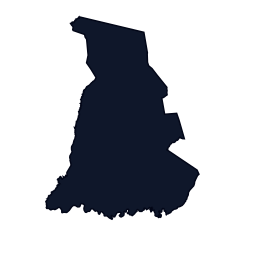 the district of Kabompo, North-Western, Zambia, rotated 13°
{"feature_id": "96606910B9917173826335", "entity_name": "Kabompo", "entity_type": "district", "adm_level": 2, "iso_a3": "ZMB", "parent_name": "Zambia", "parent_adm1": "North-Western", "projection": "natural_earth1", "projection_center": [23.814, -13.517], "detail": "fine", "context": "isolated", "style": "filled", "palette": "ink", "viewbox_px": 256, "rotation_deg": 13, "n_neighbors": 0, "source": "geoboundaries", "source_scale": "gbopen_adm2", "svg_char_len": 5751}
<svg xmlns="http://www.w3.org/2000/svg" viewBox="0 0 256 256"><g transform="rotate(13 128 128)"><path d="M121.9,31.2L56.1,30.7L55.9,31.7L55.4,31.5L55.5,31.9L55.0,32.4L54.8,32.3L54.8,31.9L54.4,32.6L53.3,33.4L53.3,33.8L52.8,33.8L53.0,34.5L52.1,35.1L52.0,36.7L51.1,37.0L51.2,37.3L50.7,37.1L50.5,37.8L50.3,37.4L50.0,37.5L50.0,37.9L49.6,37.9L49.6,38.3L48.5,39.0L49.9,40.4L51.4,41.4L52.0,42.6L52.0,44.5L52.6,45.3L64.7,46.6L65.8,49.0L67.8,50.9L72.8,66.1L73.0,73.8L78.3,78.6L85.6,86.0L84.9,88.9L84.5,89.2L83.9,90.4L83.3,90.6L83.1,91.3L82.3,92.1L80.9,94.8L78.6,97.0L78.8,97.4L78.4,97.7L78.5,97.9L78.0,98.7L78.1,98.9L77.8,99.7L77.4,100.1L77.4,100.4L77.1,100.7L76.9,100.6L76.5,101.1L76.4,102.4L76.8,102.6L76.6,103.3L77.0,103.5L76.8,104.1L76.5,104.4L76.8,104.8L76.5,104.9L76.6,105.9L76.4,105.9L76.6,106.1L76.5,107.0L76.7,107.4L76.5,107.5L76.3,107.3L76.0,107.7L76.4,108.2L75.9,108.7L76.2,109.2L75.5,110.9L76.3,111.6L76.3,112.2L76.6,112.2L76.8,112.6L76.8,113.9L76.1,114.7L76.5,114.8L76.8,115.8L77.0,115.7L77.0,116.4L77.3,116.5L76.9,117.0L77.3,117.7L77.0,118.9L77.3,119.4L77.0,119.5L77.3,119.8L76.9,120.1L76.9,120.9L76.7,121.2L76.8,121.3L76.8,122.5L76.2,123.0L76.4,123.5L76.8,123.6L77.0,124.8L77.3,124.9L77.2,125.5L77.6,125.6L77.7,126.3L77.0,127.5L77.3,127.6L77.4,128.5L77.7,128.7L77.0,129.6L77.3,130.4L77.1,130.7L77.3,131.3L77.0,131.4L76.9,132.7L76.6,132.9L76.8,133.1L76.6,133.7L76.3,133.8L76.5,134.4L76.6,137.1L76.9,137.7L76.6,138.0L76.8,138.1L76.6,139.0L76.7,139.3L76.3,140.0L76.0,139.9L76.3,140.4L76.7,140.3L76.7,140.7L77.1,141.3L77.0,141.8L77.3,142.3L77.1,142.3L77.0,142.8L77.6,144.1L77.4,144.5L77.9,145.0L77.9,145.6L78.2,145.8L78.0,146.1L78.8,147.3L78.9,148.1L78.5,148.7L78.8,149.8L78.2,152.6L78.2,155.9L77.3,158.6L77.4,159.9L77.9,161.8L78.8,163.4L78.8,164.5L77.7,168.3L78.0,170.3L78.9,171.2L78.7,172.3L80.5,175.8L80.9,177.4L78.5,185.0L79.0,187.2L79.4,187.7L79.0,188.1L79.2,188.7L78.4,189.0L78.4,188.7L78.3,188.9L78.0,188.7L78.1,189.6L77.9,189.6L77.4,190.2L76.9,190.1L76.9,190.6L76.4,190.7L76.0,190.4L76.2,191.0L75.6,192.6L74.9,192.5L73.7,190.8L73.0,190.6L72.8,191.0L73.1,191.0L73.4,191.5L72.6,191.9L72.6,192.6L72.3,192.9L72.2,192.6L72.1,192.9L71.2,193.3L71.1,193.8L71.3,193.8L71.0,194.3L72.0,194.7L72.2,195.1L72.0,195.4L72.3,196.3L72.5,196.0L72.8,196.7L73.6,197.3L73.3,197.3L73.5,197.8L73.2,198.4L72.7,198.8L73.1,199.1L72.7,199.2L72.6,200.0L72.0,200.1L72.3,200.6L72.1,200.9L72.5,201.3L72.5,201.8L71.6,202.5L71.8,202.8L71.2,203.5L70.9,205.1L70.0,205.6L69.8,206.4L69.1,206.7L69.1,207.1L68.8,207.5L68.2,207.4L67.8,207.8L68.2,208.9L68.5,209.0L68.5,209.6L68.2,209.9L68.1,210.4L67.8,210.4L67.7,210.8L67.1,211.3L66.2,211.6L65.9,212.2L66.2,213.9L65.6,214.3L65.6,215.3L65.3,215.4L65.6,215.6L65.7,216.0L64.5,218.0L65.1,219.1L65.4,219.3L65.8,221.2L66.1,221.3L66.3,221.8L66.3,222.1L66.6,222.3L66.3,223.5L66.7,223.8L66.5,224.1L66.9,224.6L69.2,224.2L70.5,225.0L71.3,225.1L72.3,224.3L73.5,223.8L75.1,223.9L76.8,222.6L77.6,221.4L78.8,220.8L80.1,221.1L81.8,222.8L82.3,223.7L82.3,224.6L82.6,225.2L82.9,225.3L84.4,224.5L87.1,224.1L87.7,223.6L89.3,221.3L90.8,217.6L91.9,215.9L94.0,215.3L96.5,216.2L97.9,215.9L98.5,215.5L98.8,214.8L98.9,212.9L99.8,212.0L101.8,212.2L102.8,212.7L103.2,213.8L103.1,215.9L103.3,216.8L103.9,218.1L105.4,219.6L106.2,219.6L107.7,218.2L109.1,217.9L109.6,217.2L110.0,215.7L110.6,214.8L111.0,214.6L112.7,215.0L113.4,215.7L114.8,216.4L116.3,215.6L116.8,215.7L117.8,216.5L118.6,218.2L119.2,218.4L119.6,218.3L119.9,217.5L120.0,216.3L120.2,215.8L121.5,215.4L124.0,217.1L124.4,218.4L124.8,218.9L127.4,218.3L130.1,219.8L132.9,220.5L133.1,220.2L133.1,219.4L131.7,218.3L131.5,217.2L132.0,216.8L134.0,217.8L135.0,217.5L136.1,213.4L136.8,212.7L138.8,211.8L140.3,212.3L140.4,212.7L140.3,213.4L139.3,215.2L139.6,215.6L140.5,216.1L141.3,216.2L142.7,215.1L143.5,214.0L143.5,213.3L143.3,211.7L142.8,210.7L143.5,210.0L144.6,210.4L144.9,210.3L145.1,209.6L144.9,208.2L145.3,207.5L146.4,207.1L147.3,207.8L147.3,209.9L146.6,211.0L146.8,211.3L147.1,211.4L147.9,211.0L149.1,212.1L151.2,212.0L151.7,212.4L152.0,212.3L153.8,209.8L154.1,208.7L154.7,208.1L154.8,207.0L155.4,206.9L155.1,206.0L155.4,205.4L155.9,205.3L156.9,205.6L157.3,206.2L158.3,206.6L160.3,206.1L161.0,204.9L162.0,204.2L162.1,203.6L161.6,202.9L161.8,202.5L163.1,202.4L164.5,203.3L164.9,202.8L166.1,202.0L166.8,200.6L167.8,200.9L168.9,200.3L169.2,199.9L169.9,200.5L169.6,201.4L168.9,202.0L167.8,202.4L168.6,203.2L169.1,204.4L169.6,204.2L170.0,202.8L170.2,202.6L172.1,202.2L172.3,202.6L172.1,203.2L173.7,205.2L174.1,207.2L175.0,207.6L176.9,207.6L177.9,208.3L178.3,208.1L178.3,207.8L177.4,207.1L177.7,205.7L178.1,205.7L179.2,207.5L179.6,207.7L180.1,207.2L180.1,205.8L179.6,204.9L178.0,204.2L177.9,203.4L177.3,203.1L176.8,202.6L176.7,202.2L177.3,201.8L178.7,202.6L179.5,202.4L179.7,201.9L179.5,201.1L179.6,199.1L179.8,198.7L181.0,198.5L182.2,200.8L183.3,200.3L183.8,200.6L183.6,201.2L183.7,201.7L184.4,202.7L184.6,203.7L184.8,203.9L185.3,203.1L186.8,202.3L187.1,201.5L187.5,201.6L188.4,200.9L188.9,200.0L188.9,199.3L191.4,196.5L192.1,196.4L193.5,195.6L193.9,195.2L194.1,194.0L196.3,192.8L198.2,191.2L199.4,189.1L200.1,187.0L200.5,186.6L200.4,186.3L200.6,185.0L201.2,184.0L201.1,182.4L201.7,179.7L201.4,177.0L202.2,174.5L205.0,169.5L205.2,167.2L205.0,165.4L205.5,162.6L206.4,158.7L207.5,157.1L204.8,153.5L170.8,140.5L171.0,139.8L171.5,139.7L171.3,138.0L172.2,136.8L172.8,134.3L173.8,133.4L174.1,132.2L174.3,132.0L175.9,131.8L176.8,131.1L178.0,128.9L179.0,128.7L180.4,125.5L180.7,125.3L181.5,125.8L183.5,126.1L185.3,125.8L175.9,108.9L172.1,102.8L160.6,106.4L154.1,91.2L155.2,90.6L156.5,89.4L157.6,87.9L158.4,87.3L158.6,86.8L157.8,84.8L157.6,82.7L156.9,81.1L156.7,79.6L144.3,69.9L138.0,64.7L134.2,62.8L133.8,62.3L132.2,59.6L130.0,51.4L130.0,50.5L121.9,31.2Z" fill="#0f172a" stroke="#020617" stroke-width="1.5"/></g></svg>